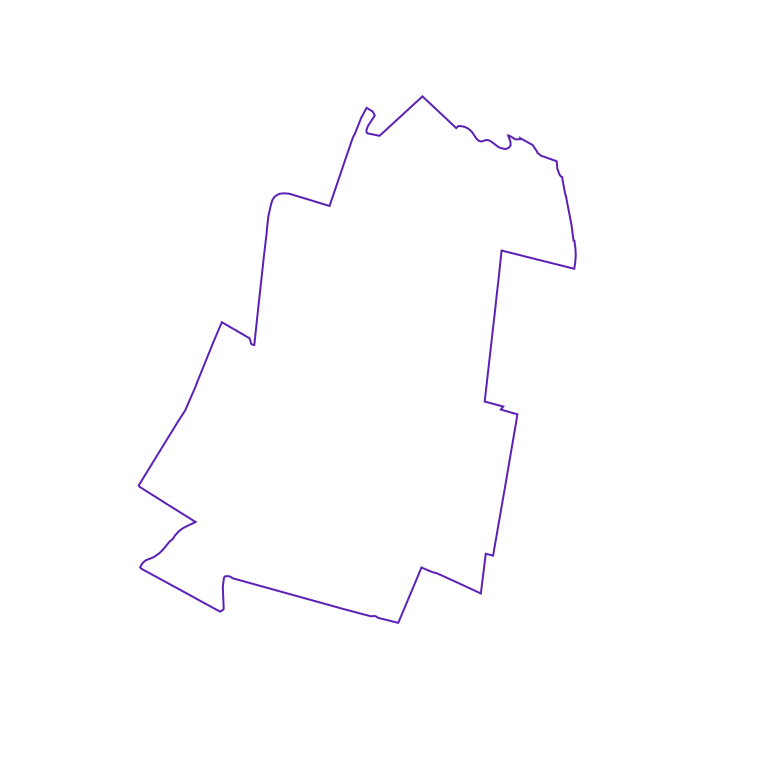 outline of Surdila-Gaiseanca, Braila, Romania, rotated 30°
{"feature_id": "2599482B95731435419780", "entity_name": "Surdila-Gaiseanca", "entity_type": "district", "adm_level": 2, "iso_a3": "ROU", "parent_name": "Romania", "parent_adm1": "Braila", "projection": "natural_earth1", "projection_center": [27.332, 45.064], "detail": "fine", "context": "isolated", "style": "outline", "palette": "violet", "viewbox_px": 768, "rotation_deg": 30, "n_neighbors": 0, "source": "geoboundaries", "source_scale": "gbopen_adm2", "svg_char_len": 3069}
<svg xmlns="http://www.w3.org/2000/svg" viewBox="0 0 768 768"><g transform="rotate(30 384 384)"><path d="M266.4,665.3L294.4,664.6L313.9,664.1L326.6,663.8L333.1,663.7L355.8,663.1L357.3,660.6L357.5,658.7L345.9,640.4L342.3,631.9L342.5,630.2L343.1,629.5L344.9,628.5L346.0,628.1L346.7,627.8L347.6,627.7L348.3,627.7L349.1,627.8L349.8,627.9L351.0,627.7L356.6,626.2L441.0,604.4L450.6,601.9L460.1,599.5L474.5,595.6L480.6,594.0L484.1,593.0L488.5,591.8L490.3,590.8L491.4,589.7L493.1,589.3L495.0,589.4L496.2,589.4L500.2,588.2L513.8,584.3L515.7,583.7L515.6,582.3L509.5,534.0L508.2,524.1L512.6,523.7L521.1,522.5L523.6,521.6L532.0,520.7L532.3,520.7L552.1,518.8L552.4,518.8L572.6,517.0L557.0,480.1L564.3,478.1L564.2,477.9L549.4,437.5L536.7,402.8L536.6,402.7L518.2,352.8L514.7,343.6L498.0,347.7L498.5,343.9L480.0,348.9L479.6,348.0L450.7,281.6L445.8,270.3L441.8,261.1L438.0,252.6L428.7,231.2L419.5,210.6L419.1,209.6L423.4,208.4L451.2,200.5L489.7,189.5L491.1,189.1L489.1,183.7L485.8,176.8L482.1,171.0L477.2,164.7L476.4,165.0L467.3,153.1L462.0,146.9L451.8,135.2L447.4,130.0L446.4,129.4L438.3,120.0L434.8,115.7L433.5,115.8L432.1,115.3L431.3,114.9L426.5,110.9L422.2,104.8L420.8,105.0L405.8,107.8L401.3,107.1L400.3,106.1L393.1,102.7L379.0,103.0L379.6,103.8L375.6,106.4L368.4,106.3L367.3,106.7L372.4,111.0L374.3,113.9L374.0,116.9L372.6,118.9L371.6,119.8L367.9,121.1L364.3,121.6L359.5,120.9L355.5,120.4L352.6,120.6L350.4,121.7L348.8,123.5L346.9,125.4L344.5,126.0L341.3,125.3L338.1,123.7L337.8,123.5L337.4,123.3L334.4,121.9L331.2,121.0L328.2,120.7L325.4,121.0L322.7,121.8L319.9,123.1L319.1,124.0L318.6,126.3L312.6,124.9L306.6,123.4L285.9,118.6L274.4,115.9L273.8,115.8L273.5,115.7L265.7,140.5L258.6,163.2L256.0,171.3L244.3,175.2L242.7,174.4L241.7,172.3L241.1,168.7L241.8,156.2L239.1,154.3L237.5,153.6L230.8,153.6L230.8,154.4L230.9,156.2L231.1,161.4L231.2,165.0L232.3,172.6L233.4,180.2L233.5,180.9L233.6,181.6L233.8,185.6L234.2,188.2L237.2,203.6L238.7,211.3L240.3,219.1L242.5,230.2L242.9,232.2L245.9,247.4L247.5,255.5L247.9,257.0L236.5,259.7L227.2,261.8L212.4,265.3L210.1,265.8L208.8,266.1L207.2,266.5L206.0,266.9L205.2,267.4L203.2,268.3L201.8,269.0L199.6,270.6L198.4,271.6L197.1,273.5L195.7,276.5L195.5,277.4L195.5,278.0L195.4,279.3L195.4,280.6L195.7,282.2L196.5,285.4L199.9,296.4L203.0,303.5L207.3,312.9L217.6,336.9L219.1,340.1L224.9,353.4L241.7,391.5L251.6,413.8L252.1,415.1L250.4,415.7L249.6,415.7L249.0,415.5L248.1,415.0L247.4,414.2L246.8,413.6L246.4,413.2L246.0,412.8L245.3,412.3L244.4,411.5L241.8,411.7L238.1,411.6L212.7,411.6L215.2,432.5L221.4,476.5L221.9,478.9L225.0,506.0L225.0,506.9L224.4,518.5L223.2,560.9L223.2,561.1L222.3,594.4L223.3,595.2L234.9,595.7L255.1,596.5L274.6,597.2L288.8,597.7L289.8,597.6L289.7,598.0L286.1,603.1L285.1,604.6L282.7,608.2L281.7,610.0L280.6,612.4L279.7,615.2L279.1,618.3L278.7,619.5L278.7,621.4L278.6,622.9L278.2,625.1L277.0,627.8L276.4,632.0L275.4,637.8L274.0,643.1L272.3,646.8L271.0,649.3L270.3,650.2L265.8,655.8L265.5,656.7L265.1,657.6L264.5,659.8L264.3,663.4L264.6,664.8L265.5,665.0L266.4,665.3Z" fill="none" stroke="#5b21b6" stroke-width="2"/></g></svg>